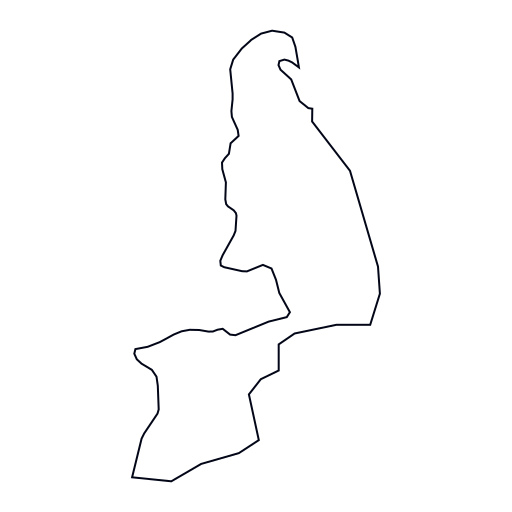 an SVG outline of Al Buraymi
{"feature_id": "OMN-4836", "entity_name": "Al Buraymi", "entity_type": "Province", "adm_level": 1, "iso_a3": "OMN", "parent_name": "Oman", "parent_adm1": "", "projection": "mercator", "projection_center": [55.822, 24.259], "detail": "fine", "context": "isolated", "style": "outline", "palette": "ink", "viewbox_px": 512, "rotation_deg": 0, "n_neighbors": 0, "source": "natural_earth", "source_scale": "10m", "svg_char_len": 1280}
<svg xmlns="http://www.w3.org/2000/svg" viewBox="0 0 512 512"><path d="M272.1,30.7L283.7,32.5L284.4,32.6L292.2,37.5L295.4,46.8L297.8,60.7L298.9,67.4L292.1,62.4L288.4,60.6L284.4,59.6L279.4,61.1L278.5,65.1L280.5,69.7L291.2,79.4L299.6,101.1L308.3,108.1L312.3,108.7L312.1,121.5L350.0,170.8L378.0,266.6L379.9,293.7L370.2,324.8L336.4,324.8L294.6,333.5L278.7,344.4L278.7,370.5L260.8,379.2L248.9,394.4L258.8,440.1L238.9,453.1L201.2,463.9L171.3,481.3L132.1,477.3L141.6,438.6L144.2,433.4L157.5,413.6L158.7,409.4L157.8,385.7L156.5,376.7L151.9,369.9L141.6,363.7L136.8,359.3L134.3,353.7L135.4,349.1L147.7,346.8L159.8,342.1L165.4,339.1L173.8,334.5L181.6,331.3L189.7,329.8L199.2,330.0L208.5,331.6L212.9,331.5L217.6,329.7L222.7,328.8L230.1,334.6L235.5,335.2L268.7,321.6L286.8,317.1L289.9,312.2L279.3,293.0L276.0,279.8L271.5,268.5L262.9,264.9L246.9,271.4L242.1,271.2L224.2,267.2L220.8,265.5L220.3,260.8L222.6,255.3L233.7,235.4L235.5,230.9L236.5,215.7L235.9,213.1L233.7,210.3L228.0,206.4L226.2,204.2L225.3,199.4L225.9,182.4L222.3,169.2L222.0,162.6L224.9,158.2L228.9,153.8L230.6,143.3L238.6,135.9L237.7,129.8L233.4,120.3L231.9,116.9L231.4,111.1L232.6,99.4L232.6,93.5L230.2,69.3L233.2,59.6L241.8,48.5L250.0,41.1L251.2,39.9L261.1,33.6L272.1,30.7Z" fill="none" stroke="#020617" stroke-width="2"/></svg>